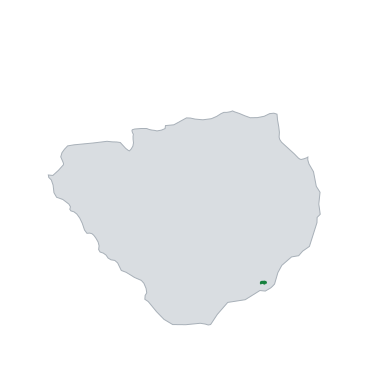 La Paz, Canelones, Uruguay (highlighted), rotated 311°
{"feature_id": "84410073B15963405844434", "entity_name": "La Paz", "entity_type": "district", "adm_level": 2, "iso_a3": "URY", "parent_name": "Uruguay", "parent_adm1": "Canelones", "projection": "albers", "projection_center": [-56.267, -34.726], "detail": "fine", "context": "in_parent", "style": "filled", "palette": "green", "viewbox_px": 384, "rotation_deg": 311, "n_neighbors": 0, "source": "geoboundaries", "source_scale": "gbopen_adm2", "svg_char_len": 2732}
<svg xmlns="http://www.w3.org/2000/svg" viewBox="0 0 384 384"><g transform="rotate(311 192 192)"><path d="M294.4,256.5L292.2,258.3L289.9,261.9L287.0,270.4L277.8,282.1L275.8,288.8L266.1,295.6L259.3,303.4L254.9,303.1L250.9,306.4L228.0,316.3L219.9,314.3L213.9,314.3L208.3,309.7L195.6,307.9L187.5,309.7L176.7,314.7L173.5,314.6L171.2,314.3L165.3,312.3L162.2,307.9L145.6,302.8L132.1,291.4L116.3,291.4L104.2,293.0L102.3,291.5L101.0,288.6L98.4,284.4L87.8,274.4L79.3,264.4L77.5,254.5L78.4,243.7L80.6,230.8L80.1,226.8L83.2,224.5L86.2,224.0L89.1,220.6L91.6,215.5L92.0,211.7L89.8,204.8L88.2,195.0L86.4,190.1L89.7,182.4L89.7,178.6L87.7,175.4L87.1,172.0L88.0,168.5L87.7,165.2L86.4,162.0L87.3,159.3L90.4,157.2L92.7,153.9L94.2,149.5L94.9,146.2L94.9,143.9L93.9,141.8L91.9,139.8L92.8,135.8L96.4,129.7L98.7,124.3L99.8,119.6L99.6,115.9L98.3,113.0L98.8,111.1L101.1,110.0L102.1,107.0L101.6,99.4L99.2,93.3L100.9,88.3L106.1,82.6L108.8,77.9L109.0,74.4L110.6,72.4L113.2,76.1L120.7,77.0L128.2,77.1L129.4,76.1L132.4,69.9L136.3,68.1L140.5,67.7L145.2,67.9L150.2,72.0L164.2,85.3L174.5,94.6L177.6,99.0L180.3,102.3L182.3,105.4L181.4,113.3L181.6,116.8L182.0,117.8L184.4,117.9L187.8,117.3L190.7,115.6L193.0,113.1L195.3,111.0L197.1,109.9L197.7,108.2L198.8,106.5L199.8,106.1L201.9,107.4L206.6,112.0L210.2,116.2L211.1,118.7L212.5,121.2L214.0,123.4L215.1,125.5L218.6,128.3L222.2,130.1L224.7,128.4L230.8,134.2L244.3,139.2L246.7,142.2L249.0,146.4L253.6,152.8L260.0,158.5L265.2,161.0L270.2,162.5L273.0,163.8L274.9,166.0L277.9,168.4L279.8,169.4L280.4,171.5L282.3,176.1L284.2,181.9L286.3,187.3L291.1,192.6L296.5,196.8L302.1,199.2L305.2,202.1L306.5,205.1L302.5,209.3L298.2,214.6L294.4,218.8L290.6,221.7L289.2,223.7L288.3,226.9L287.9,243.8L287.4,250.1L287.6,251.8L288.1,253.0L290.5,254.7L293.2,256.2L294.4,256.5Z" fill="#d9dde1" stroke="#a8b0b8" stroke-width="1"/><path d="M168.0,304.1L168.3,304.1L168.5,304.1L168.7,304.3L168.8,304.3L169.0,304.4L169.0,304.5L169.2,304.8L169.3,304.9L169.4,305.0L169.4,304.9L169.5,304.9L169.5,305.0L169.8,305.2L169.8,305.3L169.9,305.5L170.0,305.7L170.0,305.8L170.0,306.0L170.1,305.9L170.1,306.0L170.1,306.3L170.2,306.5L170.3,306.5L170.5,306.6L170.6,306.8L170.7,306.7L170.8,306.7L170.9,306.8L171.0,306.8L171.2,307.0L171.3,307.0L171.5,307.1L171.7,307.3L171.8,307.3L171.8,307.5L172.0,307.6L172.2,307.4L172.3,307.4L172.4,307.2L172.5,307.1L172.5,306.9L172.6,306.7L172.7,306.4L172.5,306.2L172.4,306.1L172.1,305.9L171.9,305.9L171.9,305.6L171.7,305.5L171.8,305.4L171.9,305.2L171.5,305.0L171.4,305.0L171.3,304.8L171.3,304.6L171.2,304.5L171.0,304.3L170.8,304.1L170.5,303.7L170.2,303.4L169.8,303.2L169.5,303.2L169.2,303.0L168.9,303.1L168.6,303.3L168.4,303.5L168.1,303.7L168.0,304.0L168.0,304.1Z" fill="#22c55e" stroke="#15803d" stroke-width="1.5"/></g></svg>